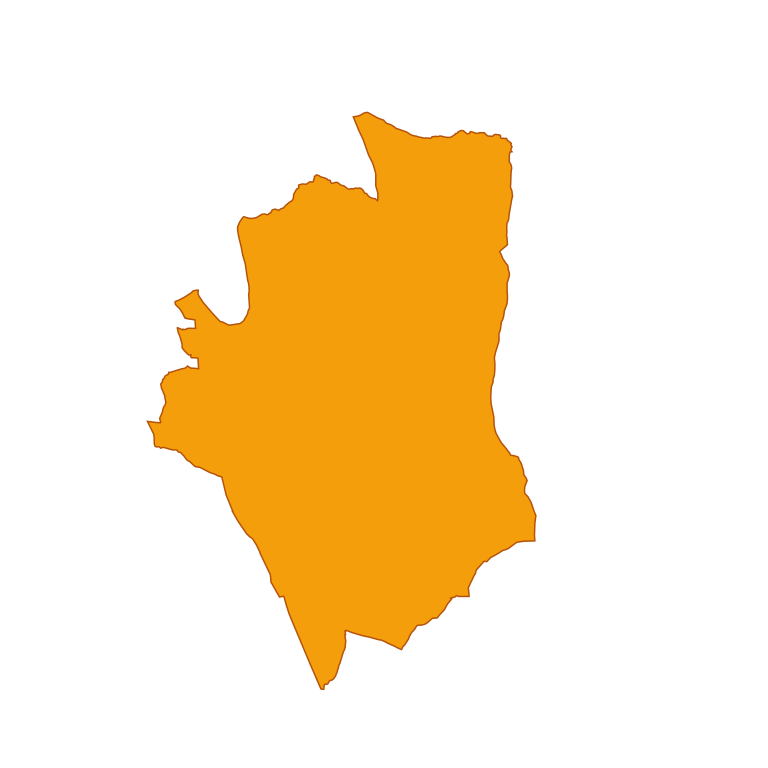 Firavitoba, Boyacá, Colombia, rotated 135°
{"feature_id": "7082276B66462160006857", "entity_name": "Firavitoba", "entity_type": "district", "adm_level": 2, "iso_a3": "COL", "parent_name": "Colombia", "parent_adm1": "Boyacá", "projection": "equal_earth", "projection_center": [-73.017, 5.676], "detail": "fine", "context": "isolated", "style": "filled", "palette": "amber", "viewbox_px": 768, "rotation_deg": 135, "n_neighbors": 0, "source": "geoboundaries", "source_scale": "gbopen_adm2", "svg_char_len": 6147}
<svg xmlns="http://www.w3.org/2000/svg" viewBox="0 0 768 768"><g transform="rotate(135 384 384)"><path d="M644.2,212.8L642.6,210.7L639.0,213.4L638.3,213.5L637.9,213.4L636.9,212.3L635.9,211.7L632.6,212.6L631.7,212.4L629.8,211.3L627.9,211.2L624.8,211.8L620.0,213.9L618.9,214.7L616.9,215.5L615.2,216.8L612.9,217.6L602.2,223.3L599.6,224.2L597.7,225.3L592.9,229.2L589.1,234.3L588.5,233.9L586.0,237.0L585.3,236.2L584.9,236.4L582.5,231.1L579.1,224.7L576.6,220.3L573.2,215.2L568.7,207.1L567.1,205.0L565.7,201.7L564.6,197.9L561.8,190.7L561.2,188.4L559.4,183.8L556.5,184.9L553.5,184.9L547.0,186.4L544.1,187.8L542.8,187.9L541.8,188.4L539.5,188.8L536.3,188.8L532.1,189.8L531.0,189.7L527.2,186.5L524.8,185.2L522.5,184.6L515.4,184.1L511.9,181.0L506.7,181.5L500.8,181.7L494.9,183.5L488.3,184.2L488.4,185.4L484.2,183.2L483.1,183.2L482.1,182.7L481.7,181.2L474.0,173.6L468.3,180.4L455.6,184.9L453.6,185.3L450.3,187.2L438.6,187.9L436.9,185.7L431.4,185.9L423.6,183.6L417.3,182.2L415.1,180.8L412.0,179.7L402.0,178.2L396.2,173.9L388.3,166.4L384.3,170.9L375.6,179.0L369.7,183.5L367.8,188.0L363.7,196.3L361.9,202.7L361.9,206.6L361.2,208.0L358.1,211.1L357.0,211.8L351.1,214.5L350.1,216.8L349.2,221.1L346.6,224.2L343.2,230.7L342.6,232.4L342.3,234.6L341.1,236.6L340.9,238.0L343.3,242.2L344.4,243.4L344.8,244.6L343.8,246.6L343.8,249.0L343.3,251.5L342.5,260.1L339.6,270.0L337.7,273.5L334.9,277.5L329.9,282.7L322.0,294.6L318.1,299.0L310.4,305.9L305.6,308.2L303.6,310.2L300.5,311.7L298.5,313.2L294.9,316.3L290.8,320.4L287.6,324.3L283.4,327.2L273.1,332.6L271.8,333.6L267.2,338.2L262.9,340.4L257.2,344.8L254.6,345.6L251.2,347.5L247.0,350.7L240.4,353.7L237.1,356.4L233.9,359.5L231.4,362.5L225.6,368.3L218.8,371.9L216.9,373.8L215.2,377.1L212.9,379.9L212.5,382.0L212.4,383.5L211.3,388.8L210.4,391.1L209.5,392.8L208.8,395.6L207.5,395.9L198.2,395.2L192.9,401.3L192.3,402.6L191.1,403.3L189.3,404.9L187.1,407.4L183.7,410.5L179.7,412.1L175.9,415.2L162.9,424.4L160.4,425.8L156.9,430.3L155.7,433.3L154.9,434.3L153.2,435.7L144.5,443.8L141.3,446.2L139.6,448.3L138.7,450.6L138.4,452.5L133.2,457.5L130.9,458.9L129.3,457.8L129.3,459.1L129.0,459.5L128.3,460.1L125.8,461.2L125.0,463.6L123.9,464.1L123.8,464.6L124.0,465.5L124.0,466.6L124.5,468.6L123.8,471.0L124.0,471.4L124.8,471.9L125.7,473.3L126.8,474.0L127.1,474.6L127.4,475.3L127.3,475.9L126.2,477.0L126.0,477.5L126.1,478.2L128.4,481.3L129.2,482.1L131.2,482.5L131.8,482.2L133.1,483.3L133.5,484.1L135.0,485.6L135.3,486.5L135.5,488.3L135.4,490.7L138.5,493.9L141.3,495.6L143.3,499.6L144.4,501.3L145.1,501.4L145.8,501.0L146.8,500.9L148.0,501.8L148.4,502.6L148.8,506.9L149.5,508.0L150.3,508.7L152.5,509.6L153.5,509.8L154.8,509.5L156.3,510.5L157.4,510.2L162.1,511.2L163.5,512.2L166.1,515.1L168.4,519.1L169.8,520.3L171.2,521.0L172.6,523.0L173.5,523.3L174.5,524.4L175.2,524.8L176.8,524.7L177.6,525.1L180.5,528.5L181.8,529.4L183.6,532.5L184.4,533.4L185.9,536.4L186.9,537.7L188.3,540.1L189.1,542.5L189.8,546.2L194.7,556.3L195.1,559.9L196.1,563.0L198.0,566.9L197.7,570.9L199.1,573.6L200.5,577.1L203.5,587.5L204.6,588.6L207.7,590.2L208.8,590.2L212.4,591.5L216.8,594.6L222.6,580.8L225.9,571.6L232.9,557.0L235.8,548.3L238.2,543.6L240.9,538.9L242.5,537.1L249.6,530.1L253.4,523.3L257.3,519.4L259.0,518.3L259.2,519.1L259.2,521.2L261.3,524.1L262.1,527.0L262.1,528.4L261.7,530.6L262.0,531.6L262.8,532.7L261.9,535.2L261.8,537.9L262.1,538.9L262.6,539.8L264.0,540.6L265.4,542.5L266.0,543.0L267.6,543.5L268.9,545.2L270.7,546.3L271.3,546.9L271.6,547.8L272.3,552.7L273.5,554.4L273.9,555.5L274.4,559.5L275.8,560.9L278.2,562.2L279.0,562.9L279.2,564.2L278.2,565.6L278.2,566.2L279.3,567.7L279.4,569.8L282.3,575.4L282.9,578.0L284.0,579.7L285.8,579.7L286.3,580.0L286.8,579.7L287.7,578.6L289.3,578.3L290.4,577.2L291.4,577.2L292.0,577.5L293.0,579.0L293.7,579.5L297.3,580.1L298.1,580.6L300.2,583.1L303.5,585.0L304.1,584.7L304.5,584.0L305.8,583.0L306.5,582.9L307.9,583.6L313.1,582.2L314.1,581.7L316.2,579.9L317.9,578.9L320.1,578.7L321.3,579.3L327.1,579.8L330.9,579.6L332.4,580.6L335.7,581.3L337.2,584.5L339.0,585.7L340.1,586.1L342.9,585.2L343.5,585.2L344.4,585.9L345.6,585.6L346.4,585.9L347.0,586.5L348.3,588.8L350.3,590.3L356.6,591.9L358.5,593.1L360.8,594.9L362.1,596.4L363.9,599.5L364.3,600.6L365.1,601.5L365.8,601.6L371.1,600.7L375.9,598.9L377.3,597.8L379.4,595.4L382.4,591.2L387.9,582.1L392.7,575.1L396.9,567.4L407.3,553.4L408.0,551.9L410.4,548.5L413.8,544.9L416.4,543.0L424.6,533.6L425.7,532.7L428.3,531.8L431.2,529.9L439.0,527.9L443.2,528.6L451.7,534.9L452.4,536.0L454.3,541.9L455.5,543.8L455.7,544.9L455.3,555.7L454.2,569.7L452.7,577.0L452.1,578.4L450.9,580.2L449.0,581.6L450.6,583.2L453.2,584.8L456.0,584.8L463.7,586.5L469.8,588.4L472.9,589.8L473.7,589.8L475.1,588.0L475.3,586.7L475.2,582.2L475.4,580.6L476.5,576.1L478.1,571.3L476.4,568.5L473.2,564.2L472.4,562.8L477.9,556.6L482.6,561.4L484.1,562.5L485.3,562.7L486.4,563.4L487.0,564.0L487.3,564.8L488.1,564.8L489.8,568.9L490.3,569.9L490.6,569.7L493.5,565.2L493.5,564.6L495.2,560.9L498.7,554.8L501.1,552.4L501.6,549.2L501.7,543.3L501.3,542.3L499.9,541.2L501.4,540.0L501.5,539.0L501.4,538.5L498.5,535.6L497.3,533.8L504.3,525.9L506.6,528.8L509.1,531.5L509.5,532.4L510.3,535.7L512.4,535.6L514.1,536.2L516.0,537.6L527.3,543.6L527.8,544.4L530.0,543.4L532.1,544.3L533.1,544.4L535.7,543.5L537.4,543.7L539.2,542.2L541.8,541.9L542.4,541.2L543.6,539.2L544.4,538.4L545.3,535.3L546.3,533.7L546.8,531.8L551.3,525.2L553.8,523.9L556.1,523.5L558.1,522.5L560.7,520.8L566.5,518.5L567.3,517.8L568.9,514.8L569.3,514.6L571.7,517.1L577.7,524.8L582.2,511.6L583.6,509.5L588.7,504.1L589.8,502.3L589.9,501.6L589.4,500.5L587.6,498.8L587.3,498.0L587.3,496.6L584.7,495.1L580.7,487.8L579.7,486.4L577.9,484.9L577.4,484.0L577.2,483.3L577.5,482.0L577.4,481.2L576.3,479.6L576.4,474.3L577.0,470.5L577.0,469.3L576.2,466.1L576.0,459.9L575.8,458.9L573.2,455.4L569.7,444.5L567.6,440.3L566.4,436.5L564.4,433.0L574.1,417.1L581.0,400.8L581.3,401.0L584.4,389.5L587.0,375.4L587.0,371.5L586.5,368.4L586.4,367.1L588.1,360.0L590.1,354.6L590.3,353.5L591.3,351.9L599.0,330.1L599.7,328.9L604.0,323.8L608.5,307.2L605.2,305.0L605.0,304.5L608.9,297.7L613.3,289.2L615.4,284.4L634.6,237.3L644.1,213.3L644.2,212.8Z" fill="#f59e0b" stroke="#b45309" stroke-width="1.5"/></g></svg>